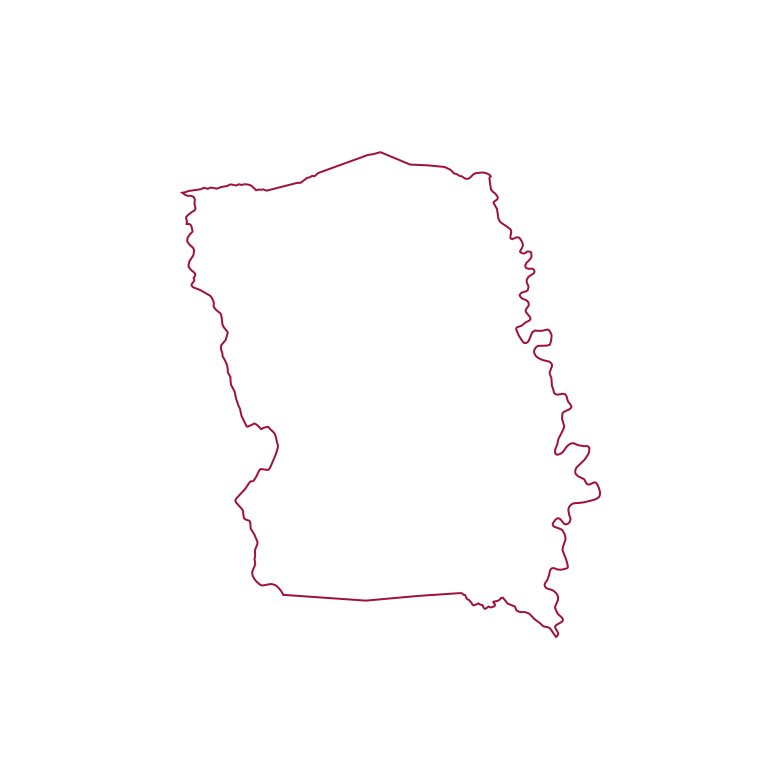 Tocoa, Colón, Honduras, rotated 115°
{"feature_id": "27666195B94157421146472", "entity_name": "Tocoa", "entity_type": "district", "adm_level": 2, "iso_a3": "HND", "parent_name": "Honduras", "parent_adm1": "Colón", "projection": "mercator", "projection_center": [-85.973, 15.578], "detail": "fine", "context": "isolated", "style": "outline", "palette": "rose", "viewbox_px": 768, "rotation_deg": 115, "n_neighbors": 0, "source": "geoboundaries", "source_scale": "gbopen_adm2", "svg_char_len": 6166}
<svg xmlns="http://www.w3.org/2000/svg" viewBox="0 0 768 768"><g transform="rotate(115 384 384)"><path d="M207.1,314.4L206.9,316.2L206.2,316.8L202.0,316.4L199.3,316.8L196.8,319.0L194.6,322.4L194.3,323.5L194.7,325.2L195.4,326.2L198.5,329.0L198.6,330.4L198.2,331.1L197.3,331.7L192.4,332.9L190.5,334.4L189.6,338.1L188.3,346.2L187.4,348.2L186.0,350.0L177.5,355.7L173.6,361.3L172.4,361.4L168.9,359.4L167.8,359.4L166.7,359.8L165.7,361.0L164.3,364.0L163.8,366.5L162.5,369.3L153.0,375.4L152.0,375.6L150.6,375.0L149.8,376.8L149.7,379.9L150.2,382.9L151.4,385.4L154.1,389.8L156.1,391.6L160.1,393.0L161.6,393.8L162.7,394.9L163.4,396.5L163.5,397.9L162.9,401.1L163.5,404.1L163.0,406.4L163.6,409.8L162.5,412.1L161.7,414.9L161.7,420.8L167.3,436.6L174.1,453.1L175.4,485.2L180.3,491.0L183.4,495.6L220.6,532.8L225.1,534.8L225.7,537.1L227.8,538.4L229.7,540.8L236.9,544.6L238.4,547.7L258.4,572.1L258.7,575.7L260.0,577.7L260.8,579.9L262.5,581.8L261.5,584.3L261.4,585.4L260.6,586.9L260.3,589.5L260.8,591.8L262.0,595.0L263.8,597.2L264.3,599.9L266.6,601.9L267.8,607.1L268.8,608.3L270.7,609.7L274.3,614.8L277.5,617.9L279.2,624.1L281.6,626.3L282.2,630.1L284.8,632.2L291.7,642.7L294.6,645.7L295.9,647.6L296.5,644.7L296.6,642.2L296.2,640.8L295.3,639.2L294.8,636.8L295.3,634.8L296.8,633.4L300.9,631.9L304.4,629.1L306.0,628.9L307.0,629.2L309.6,631.0L313.8,633.1L316.0,633.8L317.2,633.6L320.0,631.2L322.4,630.6L321.3,627.8L321.6,626.4L322.3,625.3L326.4,622.1L327.3,622.0L330.0,623.1L334.4,623.8L337.5,622.9L338.4,621.9L339.9,619.2L341.3,614.5L343.0,612.7L344.5,612.0L348.1,611.2L354.9,612.2L358.7,611.5L360.2,610.6L361.2,609.2L362.2,607.0L363.3,602.8L364.4,601.3L365.8,600.9L368.3,601.4L369.8,599.9L370.6,599.6L374.8,600.5L376.1,600.0L376.7,599.0L377.0,597.6L376.5,590.3L377.5,578.8L378.8,576.3L381.2,573.5L382.6,572.4L385.4,571.4L386.3,570.6L387.9,567.3L389.0,562.6L389.8,561.2L391.8,559.6L398.3,555.6L400.3,553.1L402.8,548.1L403.5,547.3L410.8,546.1L417.8,547.9L421.1,546.7L424.5,543.4L427.0,542.1L430.5,537.2L433.2,534.3L436.2,532.1L439.4,530.5L442.6,526.1L445.9,524.5L449.4,522.3L453.8,516.4L460.2,511.5L465.0,506.9L467.5,503.9L473.1,499.7L480.1,491.1L480.5,490.5L480.4,489.6L478.8,488.1L474.5,484.7L474.6,482.8L475.3,480.1L476.8,476.4L476.4,475.8L474.8,474.9L472.0,471.5L471.8,470.7L473.1,467.7L474.5,463.4L475.3,462.0L477.7,459.6L482.1,456.3L484.5,454.1L486.8,453.3L493.7,452.3L506.9,451.9L509.7,452.1L510.5,452.5L511.1,453.2L512.9,459.2L513.8,460.2L515.6,460.6L521.6,460.6L526.4,461.2L527.6,461.8L528.7,463.8L529.5,464.2L537.9,465.5L549.9,469.4L552.3,469.6L553.8,468.2L557.1,460.4L558.6,458.1L563.2,455.4L564.9,454.0L565.3,452.1L564.9,448.7L565.2,447.5L566.4,446.5L571.5,443.6L575.2,437.9L580.4,432.1L582.2,431.2L589.2,430.7L594.3,428.1L597.7,427.2L601.1,424.8L604.1,424.3L609.0,424.2L610.7,423.8L613.4,421.9L615.4,419.2L616.8,416.5L618.0,412.7L618.3,410.6L617.9,408.8L613.3,402.4L612.6,400.3L612.2,397.5L612.7,395.2L614.5,390.8L616.8,387.1L617.7,386.3L588.0,308.9L561.3,262.9L541.0,226.0L540.8,224.7L541.4,223.0L541.0,221.2L543.6,218.4L544.0,215.4L545.4,212.3L546.8,210.2L546.7,209.4L546.3,208.6L542.9,205.6L543.3,203.4L542.7,201.5L544.8,198.9L545.1,197.5L544.3,196.7L541.5,195.2L541.4,192.7L539.1,190.3L538.0,189.9L537.2,190.1L536.4,190.9L535.6,192.6L535.1,192.8L532.4,189.2L530.6,188.1L528.5,187.5L527.4,185.9L530.8,179.0L530.3,171.4L532.7,168.9L533.3,167.7L533.4,165.9L532.8,163.4L531.0,159.5L530.8,155.2L533.5,148.2L534.8,141.8L536.1,137.8L536.2,136.6L535.2,133.0L535.2,130.5L540.5,121.2L539.4,120.6L537.3,120.4L536.2,120.7L532.4,126.0L531.4,126.5L529.5,125.9L524.5,122.4L523.3,122.0L522.2,122.1L521.4,122.7L520.6,123.8L519.3,128.1L518.4,130.1L514.9,134.1L513.4,134.8L506.1,135.1L503.2,136.3L501.1,138.9L499.8,142.6L499.7,144.8L500.4,149.5L500.2,151.2L499.3,152.7L497.9,153.7L496.7,153.8L492.5,153.2L487.3,153.7L482.6,154.7L480.7,154.4L479.8,153.6L479.1,152.3L478.8,148.3L477.2,144.5L473.7,140.3L473.0,139.9L472.2,140.0L470.2,141.3L466.1,144.7L459.1,152.1L456.0,153.0L448.5,153.7L446.5,154.7L444.1,156.5L441.0,160.6L440.9,163.7L441.4,169.6L440.7,171.2L439.2,172.1L435.2,171.5L433.1,170.5L432.1,169.6L431.9,168.1L432.1,166.9L434.7,161.4L434.3,159.8L432.9,158.2L430.4,157.3L427.2,158.0L424.3,160.9L420.5,163.5L419.4,164.0L417.2,164.2L414.4,163.5L412.5,162.2L410.7,159.7L410.0,158.0L406.8,152.9L400.7,145.3L398.7,143.3L396.6,141.8L395.0,141.3L393.2,141.5L390.8,142.4L387.4,145.3L385.1,148.0L384.0,149.8L384.0,151.0L384.5,152.2L388.0,155.0L388.7,156.1L388.9,157.3L388.4,158.8L385.7,162.4L385.6,169.1L384.8,171.7L383.6,173.2L381.2,174.2L378.3,174.2L367.8,170.2L361.2,169.2L359.0,169.4L355.7,170.6L355.0,171.1L354.4,172.5L354.4,173.5L355.9,176.7L357.2,181.4L357.5,183.4L357.4,186.4L358.4,188.8L359.8,190.2L362.4,191.5L364.7,192.2L369.4,193.0L371.9,194.0L373.8,195.7L374.9,197.1L375.0,198.4L374.0,199.9L371.4,201.1L364.9,201.5L362.2,202.4L359.9,202.7L350.0,202.3L346.9,202.6L345.7,203.1L340.2,208.0L335.0,209.9L333.3,209.3L328.3,205.1L326.4,204.4L325.3,204.6L324.3,205.6L321.8,210.2L318.5,212.9L317.4,214.2L316.8,215.4L317.1,217.5L320.4,222.3L320.7,224.6L320.0,226.3L317.6,228.1L314.4,231.2L307.9,234.8L304.4,238.4L303.0,238.8L296.8,239.3L295.5,240.0L294.6,241.0L293.9,243.6L295.3,251.0L295.2,255.5L294.4,258.5L292.3,261.0L291.0,261.9L289.4,262.1L286.9,261.9L285.1,261.1L283.9,259.7L280.6,253.0L279.2,251.2L278.1,250.3L274.3,250.8L269.6,252.4L268.1,253.4L266.3,255.8L265.4,257.7L265.4,258.6L269.4,263.9L271.9,269.9L274.5,271.5L282.6,271.1L284.8,271.3L286.4,272.2L287.3,273.3L287.5,274.8L286.2,277.5L283.1,282.3L279.0,287.0L277.8,287.6L276.4,287.4L272.8,283.8L269.3,282.2L267.4,281.0L265.0,279.0L263.1,278.8L261.7,279.7L259.1,285.3L258.3,286.3L256.5,286.9L251.8,286.0L250.3,286.6L249.1,287.6L248.4,288.8L248.0,290.4L248.1,295.6L247.1,297.6L246.2,298.6L244.6,298.5L243.1,297.9L239.8,294.3L238.1,293.4L235.1,294.0L233.8,295.0L231.7,297.5L230.0,298.4L228.4,298.7L225.6,298.3L220.2,294.9L218.5,295.1L217.4,296.0L216.8,297.4L216.9,298.8L218.3,301.1L218.7,302.8L218.7,304.5L217.8,305.6L216.3,306.2L214.1,306.1L210.4,304.7L207.1,304.0L205.4,304.5L202.6,306.3L202.4,307.7L203.0,309.5L203.6,310.4L205.1,311.0L206.2,311.8L206.8,312.8L207.1,314.4Z" fill="none" stroke="#9f1239" stroke-width="2"/></g></svg>